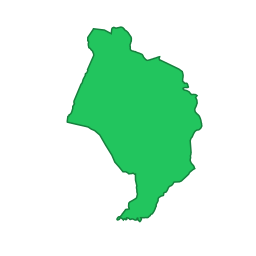 the district of La Union, Cartago, Costa Rica, rotated 298°
{"feature_id": "36466004B23984119166299", "entity_name": "La Union", "entity_type": "district", "adm_level": 2, "iso_a3": "CRI", "parent_name": "Costa Rica", "parent_adm1": "Cartago", "projection": "robinson", "projection_center": [-83.995, 9.913], "detail": "fine", "context": "isolated", "style": "filled", "palette": "green", "viewbox_px": 256, "rotation_deg": 298, "n_neighbors": 0, "source": "geoboundaries", "source_scale": "gbopen_adm2", "svg_char_len": 5757}
<svg xmlns="http://www.w3.org/2000/svg" viewBox="0 0 256 256"><g transform="rotate(298 128 128)"><path d="M198.7,51.0L189.1,50.0L186.1,51.5L186.1,52.3L185.4,52.8L184.7,53.2L184.3,53.3L183.9,53.3L183.5,53.5L182.1,54.4L181.7,54.8L181.5,55.0L180.6,55.7L180.5,57.1L180.2,58.0L179.8,58.6L179.6,59.3L179.4,60.1L179.3,60.5L178.9,61.0L178.1,61.8L177.4,62.8L175.9,63.7L160.4,64.9L160.0,65.5L159.3,65.6L157.1,65.7L156.9,65.6L156.2,65.0L155.7,65.0L155.3,65.1L154.8,65.6L154.5,65.6L149.9,65.6L146.7,66.3L145.5,66.3L144.7,66.0L126.2,67.7L125.5,68.3L125.1,68.3L124.9,68.4L124.6,68.6L124.4,69.2L124.2,69.4L121.2,69.1L120.3,69.5L119.5,70.0L115.6,70.8L114.3,70.8L113.6,70.7L112.5,70.3L112.1,69.9L111.8,69.8L111.2,70.2L110.8,70.0L110.2,69.6L109.9,69.5L105.4,71.2L104.7,71.7L106.8,79.7L109.7,90.4L110.2,92.5L109.8,95.9L110.1,99.7L108.6,106.4L102.4,116.3L96.4,126.6L91.7,132.4L89.5,138.3L87.0,144.1L88.3,146.6L88.3,148.9L88.0,149.7L87.9,150.4L88.5,151.0L89.1,152.1L89.8,153.0L90.1,153.3L90.5,153.6L90.5,154.5L90.3,155.3L90.3,155.9L90.4,156.2L90.6,156.3L85.5,159.1L80.9,163.1L80.1,163.1L79.1,163.6L77.5,164.9L75.5,166.0L75.1,166.5L74.0,167.4L72.5,167.8L72.2,167.8L71.2,168.2L69.8,168.2L66.2,166.1L63.5,164.3L62.0,164.0L59.2,165.2L58.2,166.0L58.2,166.3L57.8,166.7L57.2,167.1L56.8,166.6L56.5,166.2L56.1,165.8L55.6,165.5L55.4,164.6L55.0,164.3L54.3,164.1L52.8,164.0L52.3,163.8L51.3,163.7L51.1,163.6L50.6,163.6L49.5,163.3L48.1,163.3L47.3,163.1L47.0,163.0L46.0,162.6L45.5,162.0L45.2,161.5L44.8,161.3L44.2,161.1L43.6,161.0L42.5,161.0L42.2,161.2L42.0,161.3L41.9,161.8L42.0,162.1L42.6,162.7L43.2,163.1L43.7,163.3L44.9,163.3L45.2,163.5L45.3,163.8L45.3,165.0L45.0,166.1L44.6,167.1L46.1,167.3L46.0,169.1L46.1,169.3L46.7,169.7L46.9,169.7L47.1,168.9L47.9,168.9L48.2,169.2L48.5,170.2L48.6,171.5L48.2,172.6L48.2,172.8L48.6,173.3L49.4,173.9L49.4,174.1L49.7,174.5L50.0,175.3L50.0,177.2L50.3,178.0L50.9,178.7L51.3,178.7L51.8,178.5L52.8,178.5L53.0,179.0L52.4,179.4L51.9,179.5L51.7,179.9L51.5,180.0L51.4,180.4L51.4,181.0L51.1,181.5L50.9,181.9L50.9,182.4L51.3,182.5L51.8,182.7L53.6,182.7L53.9,182.6L54.4,181.9L54.8,181.9L54.9,181.6L56.6,184.8L57.2,185.5L57.7,186.7L58.2,187.5L58.9,187.9L59.9,188.1L61.0,188.7L62.2,188.7L62.6,188.8L63.2,189.3L63.6,189.7L64.1,189.8L66.4,190.0L67.7,190.0L69.0,189.9L69.6,189.9L70.0,189.7L70.4,189.7L70.7,189.6L72.3,189.6L73.4,188.9L74.0,188.8L76.4,188.8L77.9,188.7L78.5,188.4L79.2,188.0L79.8,187.8L80.6,187.8L81.4,188.0L83.0,189.0L83.6,189.3L84.7,190.6L85.1,190.9L85.7,190.8L86.8,190.3L87.7,190.2L88.2,190.5L89.2,191.6L90.1,191.8L92.3,191.9L93.2,191.7L94.5,191.7L96.0,192.0L96.2,192.3L96.6,192.5L97.1,193.0L98.2,193.6L99.5,193.9L101.7,194.0L101.9,194.1L104.7,198.7L106.3,200.0L115.6,203.2L117.7,203.2L121.6,204.8L123.5,206.0L124.1,205.1L124.5,204.9L124.5,204.7L125.3,203.9L125.8,202.7L126.4,201.0L126.6,200.5L127.2,199.6L128.1,198.6L128.2,198.4L128.4,198.2L128.6,198.2L129.5,197.6L130.7,197.4L131.4,197.1L132.2,196.5L133.1,196.0L133.9,196.0L134.8,195.6L135.8,195.3L146.1,188.8L146.8,188.8L147.8,188.5L148.8,188.5L149.8,188.8L151.0,188.8L153.2,188.6L154.6,188.6L156.3,188.7L157.4,189.1L158.5,189.8L159.5,191.2L160.0,191.6L160.7,191.9L161.1,192.0L161.7,192.3L164.0,192.3L164.4,192.2L165.1,191.8L165.8,191.2L166.3,191.0L167.3,190.0L168.9,188.8L170.6,187.1L170.9,186.6L171.7,185.7L172.1,185.0L172.6,183.6L172.9,182.2L173.7,180.0L174.0,179.6L174.9,178.8L175.7,178.3L175.8,178.2L176.4,178.0L179.0,177.9L180.5,177.7L181.1,177.5L182.4,177.4L185.0,175.7L186.6,173.4L189.0,173.8L189.2,172.3L189.1,171.6L188.7,170.9L188.7,170.7L188.3,169.9L188.2,169.8L188.2,169.7L187.4,168.6L187.4,167.8L187.5,167.7L187.7,167.3L187.7,167.1L188.2,165.8L188.5,165.3L188.6,165.0L188.6,162.3L188.5,162.2L188.5,161.9L188.4,161.6L188.3,161.0L188.0,160.4L188.0,159.3L188.1,158.8L188.6,158.1L188.9,158.0L189.2,158.2L189.3,158.2L189.6,158.4L190.6,159.4L190.8,159.7L191.2,160.7L191.7,161.6L192.1,162.0L192.5,162.1L192.9,161.8L193.0,161.3L193.9,160.8L194.0,160.5L194.2,160.4L194.5,159.9L195.0,159.3L195.0,158.7L194.8,158.4L194.6,158.1L194.6,157.9L194.1,157.2L193.9,157.0L193.9,156.8L194.5,156.2L194.6,155.9L194.7,155.4L194.7,154.5L194.9,154.3L195.6,154.0L195.7,153.9L196.5,153.5L196.6,153.4L197.1,153.2L198.7,152.7L199.8,152.2L200.0,152.1L200.4,151.9L201.5,151.1L201.8,150.7L202.4,150.3L203.1,149.5L203.3,149.4L203.9,145.3L203.1,124.6L202.8,124.5L202.8,124.2L203.0,123.8L203.9,122.9L204.6,122.6L205.6,122.6L205.8,122.5L205.6,122.2L205.2,121.9L205.1,121.7L204.1,120.7L202.6,119.4L202.1,118.8L201.8,118.7L201.7,118.4L201.1,117.8L200.2,117.2L200.1,116.9L199.9,116.8L199.7,116.5L199.5,116.4L199.2,116.0L199.0,115.9L198.9,115.7L198.7,115.6L197.1,113.8L196.6,112.9L196.6,112.4L196.8,111.7L196.9,111.1L197.4,109.6L198.1,108.1L198.5,107.8L198.6,107.5L198.8,107.3L199.2,106.7L199.5,106.0L199.6,105.2L199.4,104.6L199.4,103.1L199.2,102.3L199.1,101.5L199.0,101.2L198.9,100.4L198.8,98.4L198.5,97.9L198.5,97.6L198.4,97.3L198.3,96.5L198.1,96.4L198.1,96.1L198.0,95.8L198.0,94.0L198.2,93.5L198.4,93.4L198.5,93.2L199.1,92.8L199.2,92.6L200.4,92.1L200.6,91.9L201.0,91.7L201.1,91.4L202.0,91.0L202.6,90.6L204.1,90.5L204.5,90.3L206.2,90.1L206.4,89.9L206.7,89.9L207.1,89.6L207.4,89.6L207.6,89.4L208.7,88.9L208.8,88.7L209.1,88.6L209.2,88.4L209.8,87.9L210.9,85.7L211.3,85.1L211.8,83.9L212.2,83.5L212.3,82.9L212.4,82.7L212.6,82.2L212.9,80.9L212.9,80.0L213.0,79.8L213.0,79.2L213.4,78.5L213.4,78.2L213.6,78.1L213.7,77.8L213.8,77.7L213.8,77.4L214.0,76.9L214.1,76.6L214.1,75.5L214.0,75.3L213.9,74.7L213.7,74.5L213.7,74.3L213.3,73.7L213.0,73.6L212.9,73.4L212.4,72.8L211.4,71.6L210.9,71.1L210.7,70.7L210.4,70.4L210.4,69.5L210.3,69.3L210.3,68.7L210.2,68.5L210.2,68.2L209.5,67.8L209.4,67.5L209.0,67.3L208.8,67.2L207.8,67.2L203.4,68.9L203.4,61.2L199.4,50.9L199.0,50.9L198.7,51.0Z" fill="#22c55e" stroke="#15803d" stroke-width="1.5"/></g></svg>